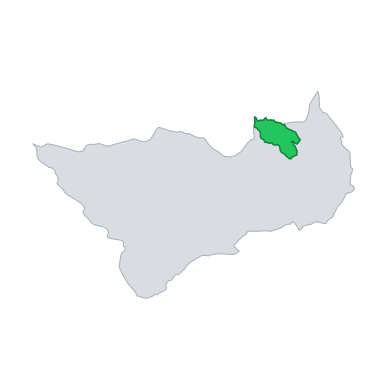 Central African Republic, with Lobaye highlighted, rotated 184°
{"feature_id": "CAF-795", "entity_name": "Lobaye", "entity_type": "Prefecture", "adm_level": 1, "iso_a3": "CAF", "parent_name": "Central African Republic", "parent_adm1": "", "projection": "albers", "projection_center": [17.683, 4.256], "detail": "fine", "context": "in_parent", "style": "filled", "palette": "green", "viewbox_px": 384, "rotation_deg": 184, "n_neighbors": 0, "source": "natural_earth", "source_scale": "10m", "svg_char_len": 6470}
<svg xmlns="http://www.w3.org/2000/svg" viewBox="0 0 384 384"><g transform="rotate(184 192 192)"><path d="M269.3,139.9L273.0,140.8L273.6,142.0L272.6,145.7L273.4,147.9L275.4,149.9L277.5,150.7L279.5,151.1L286.5,152.3L289.4,153.6L293.3,157.9L298.1,161.7L299.3,163.8L299.1,165.7L297.7,168.0L297.9,169.0L300.2,171.2L302.7,173.6L307.4,176.1L315.4,180.1L319.1,182.8L320.4,184.9L322.5,187.2L325.4,189.2L327.3,190.8L326.1,195.3L326.5,196.8L327.2,198.0L328.9,199.8L329.6,202.1L331.3,204.9L333.3,206.2L336.6,206.6L338.4,207.9L342.0,210.1L345.6,212.0L347.1,213.4L348.0,214.6L348.8,216.0L349.2,217.4L349.4,220.4L350.0,224.2L351.9,226.7L353.7,228.7L346.5,226.5L345.4,226.5L344.2,226.9L340.4,229.7L339.3,230.0L334.5,229.5L323.0,227.5L314.2,225.5L311.6,224.8L306.8,224.1L303.7,225.5L300.9,230.4L300.0,231.4L295.5,232.8L293.3,232.5L288.0,233.9L279.8,231.9L276.8,232.3L274.6,233.4L268.7,235.6L265.1,236.9L261.0,238.1L257.0,239.8L254.4,240.8L251.8,240.8L249.4,239.9L246.9,239.0L243.8,238.9L240.6,239.4L237.9,241.3L236.8,242.7L234.5,246.4L231.7,252.4L230.6,253.6L229.6,254.2L216.8,251.3L211.3,250.6L207.5,251.6L202.8,249.9L200.8,249.7L199.8,250.2L197.2,249.4L193.0,247.4L188.9,246.6L185.3,246.9L183.1,246.2L181.3,244.3L178.9,240.7L174.7,237.1L169.1,234.2L165.7,232.1L164.3,230.6L161.2,229.8L156.6,229.7L152.2,231.1L145.9,235.6L140.0,244.8L136.7,248.4L134.0,249.3L133.4,251.5L134.7,255.0L135.0,259.1L134.1,266.0L134.5,271.0L133.0,270.2L131.7,267.9L131.1,267.4L127.2,268.4L125.1,269.4L124.1,270.3L123.2,270.5L122.0,269.2L121.0,269.0L119.5,269.2L117.9,269.2L116.9,269.0L116.2,269.1L114.4,268.4L107.6,266.4L106.5,265.8L105.2,265.9L101.7,267.5L99.8,268.0L94.3,269.0L88.3,269.6L86.0,269.6L84.5,270.3L83.5,271.4L81.6,277.7L81.1,278.8L81.2,280.4L80.7,285.6L80.9,287.2L73.7,301.2L72.6,298.9L71.8,296.1L71.6,293.0L71.7,292.1L71.3,291.2L70.7,288.6L71.2,287.0L70.8,285.2L69.4,283.5L68.1,282.2L67.4,281.0L66.8,280.5L65.4,280.4L63.6,279.8L55.7,271.5L47.5,262.2L45.8,259.2L45.1,257.4L47.1,257.2L47.7,256.9L47.7,256.1L46.5,253.7L45.9,250.7L44.9,248.9L41.6,246.0L38.6,243.8L37.6,242.7L37.1,241.1L35.9,231.1L35.4,228.3L34.4,227.0L33.7,226.5L33.5,225.7L33.6,224.0L34.0,222.4L34.0,221.7L34.8,220.4L34.9,211.1L33.9,209.8L32.0,209.8L31.1,208.4L30.3,206.7L30.5,205.5L32.3,203.7L33.5,202.9L37.0,201.5L38.0,200.7L38.6,199.8L39.0,198.6L41.0,193.8L44.1,189.1L45.4,188.1L48.4,181.2L49.2,179.4L49.7,177.6L50.7,176.2L54.0,173.8L56.5,169.7L59.2,169.9L62.0,170.6L65.6,170.9L68.4,170.1L70.2,168.5L78.9,165.7L79.5,163.5L80.9,162.4L82.5,161.3L83.0,161.2L83.1,161.9L84.1,164.2L86.1,166.5L88.9,169.1L89.8,168.9L91.6,167.0L96.1,165.8L97.2,165.3L100.4,162.5L104.3,160.7L106.6,160.1L110.4,158.3L113.2,158.5L117.7,158.2L125.1,157.3L130.5,157.0L133.2,156.7L133.9,156.3L134.9,153.6L135.7,152.9L137.7,151.7L141.7,147.7L144.3,144.3L145.0,143.1L145.6,142.9L146.7,141.4L145.6,140.0L141.1,136.9L141.2,136.5L141.0,136.0L141.2,135.6L142.9,134.4L145.2,133.0L147.6,132.4L153.9,132.5L159.3,132.2L160.6,132.3L164.8,131.6L167.6,130.9L170.6,129.5L177.3,129.6L182.8,125.9L184.4,125.2L185.1,124.6L185.3,124.1L187.9,122.6L190.8,119.6L193.1,116.8L193.8,114.9L200.0,108.4L202.2,108.5L203.3,107.7L205.8,103.3L206.6,102.5L209.1,101.8L210.4,100.5L211.4,98.5L211.4,96.2L210.9,94.3L210.9,93.4L211.5,92.5L212.5,91.7L217.3,89.3L218.5,88.2L219.2,87.2L220.6,87.0L222.0,87.1L223.0,86.4L224.0,85.3L227.3,83.9L230.4,82.8L233.6,83.2L239.4,84.6L241.2,87.7L242.1,88.8L249.3,96.0L250.7,97.8L254.3,103.1L256.6,106.6L259.1,111.8L259.4,114.6L259.1,117.0L258.6,123.8L258.0,125.8L254.8,129.5L254.7,131.1L255.4,132.5L256.3,133.1L256.9,133.7L256.6,136.9L257.8,138.2L260.1,139.0L266.2,139.5L269.3,139.9Z" fill="#d9dde1" stroke="#a8b0b8" stroke-width="1"/><path d="M134.5,261.3L134.5,262.1L134.0,265.2L134.9,271.0L133.8,271.0L133.5,270.7L133.1,269.8L132.0,268.2L131.6,267.7L131.0,267.2L130.7,267.2L130.4,267.5L129.9,268.0L129.7,268.1L129.3,268.0L129.0,268.1L128.9,268.2L128.8,268.5L128.7,268.6L128.2,268.5L128.1,268.4L126.1,268.6L125.8,268.6L125.6,268.5L125.4,268.6L125.3,268.9L125.1,269.7L125.0,269.9L124.7,270.4L124.3,270.8L123.7,271.0L123.2,271.0L122.9,270.6L122.6,269.6L122.1,269.2L121.3,268.9L120.4,268.9L119.5,269.1L118.8,269.5L118.4,269.5L118.2,269.4L117.3,268.9L117.2,268.8L116.1,269.4L115.6,269.5L115.3,269.5L115.1,269.1L115.0,268.6L114.7,268.1L114.4,267.8L114.0,267.5L113.8,267.5L113.3,267.6L113.1,267.6L112.9,267.5L112.7,267.2L112.4,267.2L112.1,267.3L111.9,267.3L109.9,267.3L108.9,267.2L108.0,266.8L107.0,266.0L106.9,265.9L106.6,265.9L106.4,265.5L106.3,265.3L105.7,265.3L105.3,265.4L104.9,265.7L104.6,265.9L102.6,262.9L102.3,262.6L101.0,262.0L100.0,261.4L99.7,261.3L98.9,261.1L98.3,260.8L98.2,260.7L97.3,260.6L96.5,260.4L96.4,260.3L95.1,259.5L94.9,259.4L94.6,259.4L93.6,259.3L93.5,259.2L92.6,258.5L92.5,258.4L92.4,258.2L91.7,256.8L90.1,254.5L90.1,254.4L88.3,252.2L87.7,251.8L88.8,249.4L89.5,248.6L89.8,248.3L90.4,247.6L90.7,247.3L90.9,247.2L91.2,247.2L91.5,247.3L91.8,247.4L93.2,248.3L93.4,248.5L93.6,248.7L94.0,249.1L94.2,249.3L94.3,249.3L95.5,249.5L95.7,249.4L95.9,249.3L96.0,248.8L95.4,248.7L95.2,248.5L94.8,248.0L94.7,247.8L94.4,247.0L94.2,246.5L93.8,245.9L93.4,245.5L92.8,245.3L92.6,245.1L90.6,241.4L90.4,240.9L90.1,240.0L90.0,239.5L90.0,236.2L90.3,236.0L90.8,235.9L91.8,235.4L93.7,234.2L94.0,234.0L94.2,233.9L94.4,233.9L94.7,233.8L94.9,233.7L95.1,233.5L95.2,233.2L95.3,233.0L95.2,232.3L97.2,232.0L97.5,232.1L97.8,232.2L98.0,232.4L98.2,232.8L98.6,233.1L99.7,233.7L100.0,233.9L100.6,234.5L101.2,235.0L102.2,236.1L103.3,236.7L105.2,237.7L105.6,237.9L105.8,238.1L106.7,239.2L106.9,239.7L107.7,243.2L107.9,243.5L108.1,243.9L108.9,244.6L109.2,244.8L110.0,245.1L110.3,245.2L110.5,245.2L110.8,244.9L111.1,244.8L112.2,244.8L112.6,244.7L112.8,244.6L113.1,244.6L113.3,244.6L114.5,245.1L114.8,245.4L114.9,245.7L115.0,246.0L115.3,246.3L115.7,246.3L115.9,246.3L116.5,246.5L116.9,246.5L117.1,246.3L117.2,246.2L117.3,246.1L117.5,246.0L118.0,246.0L118.5,246.1L119.1,246.3L119.3,246.3L119.6,246.4L119.9,246.4L120.2,246.5L120.5,246.8L120.8,246.9L121.2,246.8L121.6,246.7L122.0,246.6L122.5,246.7L122.9,247.0L123.2,247.4L123.9,248.9L124.3,249.3L124.7,249.6L124.9,249.7L125.7,249.8L126.2,249.9L126.5,250.1L126.8,250.4L127.7,252.3L127.8,252.6L127.7,253.0L127.7,253.4L127.8,254.1L127.9,254.5L127.8,254.8L127.6,255.4L127.7,255.8L128.0,256.2L129.1,257.4L129.3,257.8L129.5,258.1L129.7,258.4L130.1,258.6L130.5,258.7L130.7,258.9L130.9,259.1L131.0,259.4L131.5,259.9L131.7,260.2L131.9,260.3L132.5,260.4L134.5,261.3L134.5,261.3Z" fill="#22c55e" stroke="#15803d" stroke-width="1.5"/></g></svg>